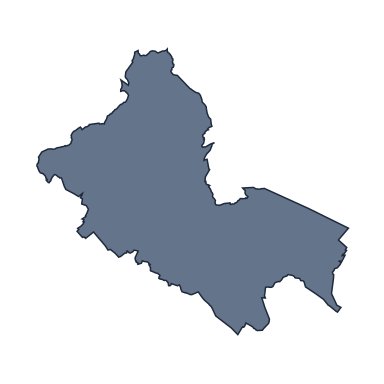 Almoloya, Hidalgo, Mexico, rotated 262°
{"feature_id": "50627088B66960340766478", "entity_name": "Almoloya", "entity_type": "district", "adm_level": 2, "iso_a3": "MEX", "parent_name": "Mexico", "parent_adm1": "Hidalgo", "projection": "robinson", "projection_center": [-98.314, 19.738], "detail": "fine", "context": "isolated", "style": "filled", "palette": "slate", "viewbox_px": 384, "rotation_deg": 262, "n_neighbors": 0, "source": "geoboundaries", "source_scale": "gbopen_adm2", "svg_char_len": 5959}
<svg xmlns="http://www.w3.org/2000/svg" viewBox="0 0 384 384"><g transform="rotate(262 192 192)"><path d="M263.8,218.9L268.0,218.0L272.1,217.8L274.4,217.9L276.9,216.7L279.5,214.7L282.5,214.6L286.7,213.7L289.0,212.3L289.4,211.1L290.3,209.4L292.8,206.5L294.1,205.3L294.8,204.3L309.5,193.7L310.4,190.7L311.3,189.4L312.3,188.7L313.5,188.3L314.0,187.8L315.1,188.1L315.7,189.0L317.4,189.3L318.0,190.1L318.1,190.7L318.6,191.2L320.9,191.8L321.7,190.7L322.8,191.0L323.3,190.7L324.1,190.8L325.2,191.5L326.7,191.5L327.6,190.7L329.1,190.7L330.5,189.7L330.9,189.8L332.8,188.5L333.0,187.8L333.5,187.5L334.3,187.5L335.0,187.1L337.0,187.4L335.8,185.9L335.5,184.4L335.7,182.4L334.4,177.6L335.2,176.5L336.4,175.5L337.3,172.6L337.2,171.4L336.9,170.1L335.5,168.7L333.7,165.9L333.5,164.7L334.2,163.3L333.9,160.6L334.5,159.5L335.8,159.3L336.9,158.2L339.6,158.3L338.4,154.7L336.4,154.4L332.6,152.7L331.5,152.1L331.0,151.4L330.0,150.9L328.8,151.5L320.4,143.4L319.8,143.1L315.7,142.0L314.5,142.1L312.4,143.6L311.4,144.0L309.9,144.2L308.9,144.7L306.6,143.8L312.8,137.2L309.9,137.7L307.1,137.6L304.9,136.9L303.5,135.7L301.6,135.4L301.9,137.4L301.7,138.9L301.3,139.7L300.4,140.5L299.8,140.6L298.6,141.8L296.6,142.6L293.2,141.0L290.7,139.1L290.2,138.5L290.3,137.0L289.0,135.3L288.6,133.6L287.9,132.4L284.8,129.0L284.2,127.0L282.9,125.8L282.5,124.9L281.4,124.1L281.1,123.5L281.2,123.0L280.4,122.2L280.4,121.6L279.6,120.6L279.0,118.8L276.1,117.5L272.9,115.0L272.2,115.0L271.6,114.6L272.2,112.6L272.1,110.2L272.4,109.8L273.1,109.5L273.1,99.6L272.5,99.5L271.9,98.7L271.2,96.9L271.3,95.9L271.1,95.3L269.0,91.8L270.7,91.2L271.8,90.5L270.9,88.3L269.3,85.6L268.4,83.1L267.0,81.7L264.9,80.2L263.4,80.4L262.6,79.9L261.9,80.3L260.8,80.5L259.7,80.3L258.7,79.4L257.1,78.9L255.5,76.5L255.4,74.9L255.0,74.2L255.0,73.4L255.5,73.1L255.4,72.3L254.9,71.5L254.9,68.7L254.6,68.1L254.6,64.7L254.2,63.3L253.7,62.3L253.6,60.5L254.2,59.1L254.6,55.5L252.5,48.8L247.8,44.8L246.7,45.1L245.6,45.0L242.6,43.9L242.1,44.0L241.7,43.0L241.4,42.8L240.3,42.2L238.9,42.1L238.0,42.7L237.6,42.6L233.7,43.6L232.4,44.3L231.4,45.5L231.5,45.8L231.3,46.7L231.0,47.0L230.1,47.3L229.7,48.1L228.3,48.9L226.1,49.5L225.4,49.3L225.3,49.7L224.4,50.5L223.8,50.0L223.7,49.5L221.5,50.9L221.2,51.4L221.1,51.9L221.8,52.4L222.8,53.8L224.0,54.1L224.6,54.7L226.0,55.5L228.4,58.3L228.1,59.2L227.3,60.2L225.8,61.4L224.9,62.8L224.3,63.0L224.1,64.7L215.4,66.3L212.1,67.4L206.9,74.7L203.3,79.1L205.9,83.4L204.8,82.9L201.9,80.7L200.4,82.5L195.5,81.1L193.2,85.5L189.3,87.0L185.4,84.8L183.1,83.1L182.4,83.4L180.6,79.4L179.7,81.0L178.5,80.4L177.8,80.9L177.5,80.0L176.9,80.7L175.6,79.8L173.6,77.3L171.9,73.7L170.7,74.7L169.1,72.7L162.3,77.2L162.5,77.8L162.2,78.8L161.8,79.3L162.1,79.6L161.6,80.3L161.0,80.4L166.1,88.9L150.7,98.7L147.8,100.0L146.3,100.6L146.2,101.5L146.5,103.1L141.9,107.5L137.6,110.4L138.0,111.3L138.0,112.2L140.8,116.9L140.7,118.6L141.0,119.0L142.5,119.3L142.6,119.7L141.9,120.4L140.5,121.3L140.1,122.4L141.1,125.1L142.5,126.5L141.2,130.3L140.9,130.4L134.6,126.4L132.2,126.5L131.5,127.1L130.9,126.8L130.2,127.1L129.7,128.4L128.6,128.6L128.3,128.1L127.9,128.3L128.5,131.9L129.6,132.7L130.6,133.0L130.7,133.4L130.0,134.6L128.9,138.3L126.3,140.2L126.3,139.3L125.3,139.4L124.5,140.1L123.6,140.0L122.6,140.4L120.5,139.9L119.7,140.0L118.7,141.9L117.0,144.6L116.0,147.0L115.5,147.2L114.3,148.4L113.7,148.6L113.0,148.0L112.6,148.0L112.4,147.5L111.2,147.1L110.4,148.0L109.3,150.9L108.4,151.7L108.1,153.8L107.9,154.2L106.0,155.3L105.8,155.7L102.5,155.8L102.3,157.0L102.5,157.8L103.0,158.2L104.2,158.7L101.2,164.5L101.7,166.6L98.7,167.5L97.7,167.4L94.7,168.2L93.3,170.7L92.9,171.8L93.2,171.9L90.7,175.9L90.4,177.5L92.2,184.3L86.3,187.3L83.2,189.2L79.1,192.8L77.2,193.9L76.7,194.6L74.1,195.8L65.9,198.3L51.9,212.0L44.4,217.5L51.4,223.2L50.9,224.1L51.4,225.2L54.8,227.2L53.7,228.3L53.4,229.0L51.2,231.9L49.5,233.7L48.4,234.1L48.0,235.0L46.8,236.1L46.5,236.1L45.7,237.4L45.3,242.5L46.7,243.8L51.3,249.6L53.2,250.4L55.3,251.0L67.3,248.1L77.5,246.4L76.8,249.9L77.9,249.7L78.6,249.2L87.4,251.6L87.4,254.0L86.8,255.6L86.6,257.6L87.2,259.1L88.0,259.4L88.7,260.2L90.2,261.1L90.6,261.7L91.3,264.6L91.0,266.4L92.4,268.3L94.9,270.5L95.6,273.8L95.9,274.0L95.9,274.7L96.6,275.2L96.8,275.8L95.4,279.9L94.1,281.6L92.9,281.9L92.3,282.9L92.2,283.8L91.4,286.6L89.3,287.2L89.0,287.6L88.7,289.4L87.8,290.4L82.2,291.2L74.0,300.4L67.4,307.3L60.9,311.2L60.3,312.2L53.8,318.1L52.8,319.4L57.0,323.4L59.7,319.7L72.0,316.0L87.2,320.2L90.4,320.8L90.9,320.2L93.0,319.9L94.4,321.6L96.1,322.5L96.3,322.8L96.7,325.4L99.6,328.6L101.3,329.8L103.0,328.1L103.2,328.6L103.1,329.2L102.1,330.5L108.0,334.7L108.1,331.8L109.5,333.0L109.1,333.6L112.6,336.9L113.3,335.8L115.5,337.5L124.1,330.3L134.4,341.9L159.7,304.7L185.5,264.1L185.5,262.1L185.7,261.3L185.3,259.3L185.9,257.5L186.1,255.8L187.3,254.4L188.0,253.3L188.9,242.7L187.0,244.0L186.8,244.6L186.4,244.8L185.0,244.7L184.0,244.4L182.4,244.6L181.0,245.4L179.6,246.8L178.1,245.4L178.7,244.6L178.2,244.4L178.2,242.2L178.8,238.9L177.2,237.2L177.1,236.4L176.0,235.5L175.3,234.3L175.2,233.2L174.3,232.1L174.3,231.4L174.6,230.4L174.3,228.4L174.5,228.1L175.9,228.2L176.1,222.2L174.9,217.2L175.2,216.9L175.7,214.5L176.2,213.7L178.7,213.3L180.0,214.0L180.9,213.8L182.1,213.2L184.0,211.8L185.5,211.9L186.9,212.4L188.7,211.8L189.4,211.3L192.4,210.6L194.2,209.6L195.3,209.2L195.9,210.4L196.8,209.3L197.0,208.4L198.1,207.0L200.5,207.2L200.5,206.3L205.0,207.3L211.8,212.6L212.7,211.9L222.3,211.5L222.2,210.0L221.6,208.3L223.4,208.8L224.8,209.6L227.5,211.7L230.8,215.7L234.9,218.1L235.9,218.3L236.7,218.8L237.7,221.1L237.5,219.4L236.8,216.7L234.6,211.3L235.0,210.3L234.9,208.8L235.3,208.3L236.7,208.2L238.7,210.3L241.8,211.4L242.6,210.9L242.9,211.7L244.2,211.5L244.5,210.6L246.2,210.4L246.8,210.6L246.9,210.9L247.7,211.4L248.2,212.9L249.3,212.9L251.3,215.7L251.2,216.1L251.3,216.8L251.6,216.5L252.2,216.4L252.7,216.7L253.8,218.6L254.0,220.3L254.3,220.9L256.1,220.5L261.5,220.6L263.8,218.9Z" fill="#64748b" stroke="#1e293b" stroke-width="1.5"/></g></svg>